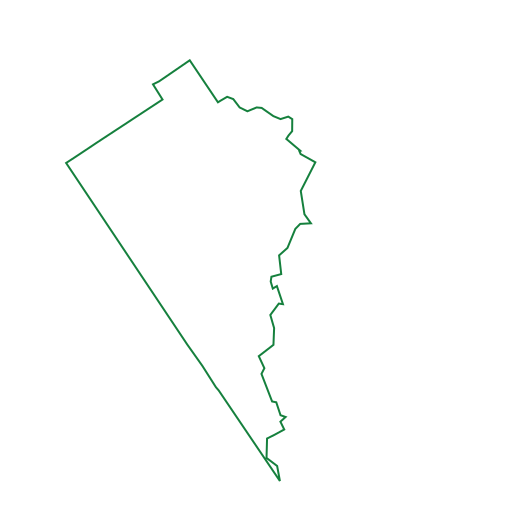 the district of Thurston, Washington, United States of America, rotated 56°
{"feature_id": "52423323B46742889788389", "entity_name": "Thurston", "entity_type": "district", "adm_level": 2, "iso_a3": "USA", "parent_name": "United States of America", "parent_adm1": "Washington", "projection": "robinson", "projection_center": [-122.739, 46.976], "detail": "fine", "context": "isolated", "style": "outline", "palette": "green", "viewbox_px": 512, "rotation_deg": 56, "n_neighbors": 0, "source": "geoboundaries", "source_scale": "gbopen_adm2", "svg_char_len": 912}
<svg xmlns="http://www.w3.org/2000/svg" viewBox="0 0 512 512"><g transform="rotate(56 256 256)"><path d="M56.7,201.5L57.0,238.7L56.1,245.4L74.0,246.0L73.0,324.9L73.0,330.1L72.9,346.9L72.7,361.4L290.8,362.5L317.2,361.9L342.4,362.6L346.6,362.1L455.9,362.0L441.9,355.9L429.3,360.2L413.5,348.9L414.6,340.5L415.6,329.6L407.0,328.4L406.0,321.5L401.7,324.7L388.6,321.0L385.6,324.0L356.8,317.4L353.7,311.8L340.6,309.7L339.4,291.2L325.9,281.3L312.9,277.1L308.2,263.7L311.0,260.6L292.6,255.5L292.4,260.3L285.4,258.1L281.8,254.8L285.1,245.2L268.4,236.5L266.9,225.4L255.5,208.2L254.1,201.4L259.6,192.2L248.5,192.5L227.1,182.5L211.5,154.4L196.4,162.0L193.3,161.4L193.6,160.4L175.9,165.4L174.3,161.7L172.7,156.2L162.8,149.4L158.5,151.3L156.2,159.1L149.7,163.4L136.4,168.5L133.2,172.4L131.2,182.2L123.7,186.5L113.2,187.1L107.9,190.9L107.4,198.6L107.3,201.6L56.7,201.5Z" fill="none" stroke="#15803d" stroke-width="2"/></g></svg>